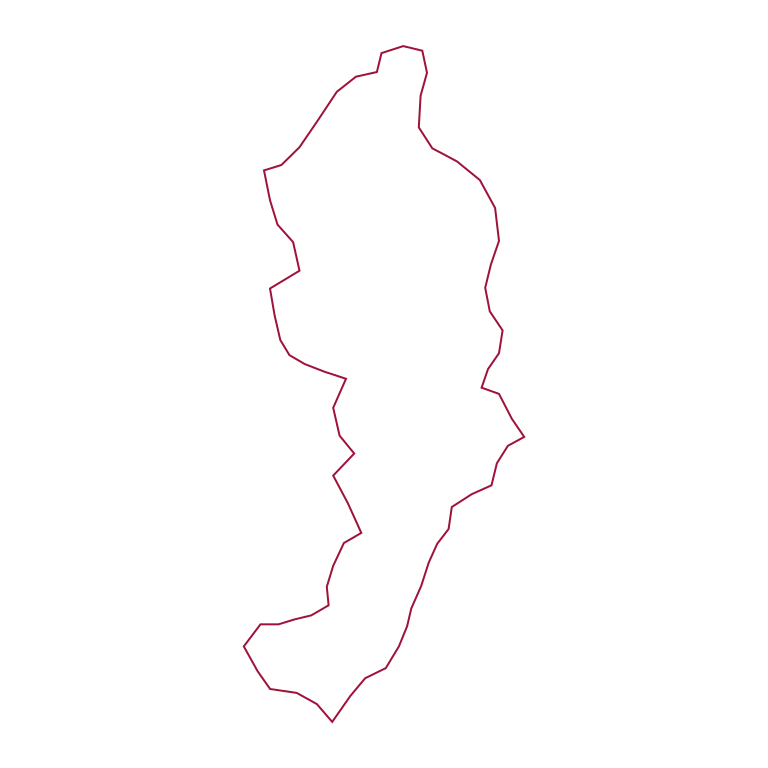 Ferraz de Vasconcelos, São Paulo, Brazil (orthographic projection)
{"feature_id": "56859067B93049901488848", "entity_name": "Ferraz de Vasconcelos", "entity_type": "district", "adm_level": 2, "iso_a3": "BRA", "parent_name": "Brazil", "parent_adm1": "São Paulo", "projection": "orthographic", "projection_center": [-46.375, -23.565], "detail": "fine", "context": "isolated", "style": "outline", "palette": "rose", "viewbox_px": 768, "rotation_deg": 0, "n_neighbors": 0, "source": "geoboundaries", "source_scale": "gbopen_adm2", "svg_char_len": 1018}
<svg xmlns="http://www.w3.org/2000/svg" viewBox="0 0 768 768"><path d="M422.3,50.7L403.2,46.1L381.5,53.1L376.9,72.0L355.9,76.7L336.8,91.8L318.3,119.7L299.5,147.2L281.4,165.0L264.0,170.4L270.0,200.2L277.5,224.6L293.1,242.1L299.5,270.7L270.0,288.5L274.6,315.3L280.3,340.0L289.5,355.2L304.8,364.1L324.7,371.8L346.0,378.8L333.2,407.8L339.6,435.7L354.2,453.5L333.2,475.6L347.8,503.1L361.3,532.9L343.9,543.0L333.2,565.8L326.8,586.8L328.6,605.3L311.2,615.4L294.9,619.3L278.6,624.3L260.5,624.3L243.8,646.4L257.6,671.2L270.1,689.0L296.7,692.9L316.9,704.1L332.2,721.9L350.3,696.0L365.2,678.2L385.8,668.1L398.9,646.4L407.1,626.3L411.3,608.4L421.2,586.0L428.7,562.7L437.2,543.8L448.6,529.0L451.8,507.0L471.7,494.2L491.5,485.3L496.9,463.2L507.9,445.8L524.2,436.9L511.8,418.7L499.0,393.9L481.6,387.7L488.0,369.1L499.0,353.2L502.6,330.4L489.8,311.4L485.2,287.8L490.9,264.5L499.0,240.9L495.1,208.0L479.9,180.1L457.1,161.5L432.3,148.3L418.8,127.4L420.6,95.7L427.0,72.8L422.3,50.7Z" fill="none" stroke="#9f1239" stroke-width="2"/></svg>